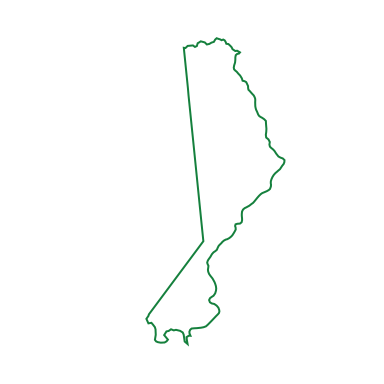 Aragarças, Goiás, Brazil (Albers equal-area conic projection), rotated 129°
{"feature_id": "56859067B18880628968559", "entity_name": "Aragarças", "entity_type": "district", "adm_level": 2, "iso_a3": "BRA", "parent_name": "Brazil", "parent_adm1": "Goiás", "projection": "albers", "projection_center": [-52.131, -15.989], "detail": "fine", "context": "isolated", "style": "outline", "palette": "green", "viewbox_px": 384, "rotation_deg": 129, "n_neighbors": 0, "source": "geoboundaries", "source_scale": "gbopen_adm2", "svg_char_len": 2864}
<svg xmlns="http://www.w3.org/2000/svg" viewBox="0 0 384 384"><g transform="rotate(129 192 192)"><path d="M256.2,110.2L253.5,111.3L251.7,112.5L250.1,114.2L248.8,116.1L247.9,117.7L247.1,119.6L246.3,121.6L245.9,123.4L245.5,125.2L244.9,127.2L243.7,129.3L242.4,130.7L240.5,131.8L239.0,132.8L238.3,134.3L237.4,135.7L235.8,136.4L234.4,136.7L232.6,136.8L230.7,136.9L229.1,137.2L227.5,137.4L225.3,137.3L223.4,136.7L221.3,136.3L218.9,137.0L216.9,137.4L214.8,137.2L213.3,137.0L211.8,137.0L209.6,136.6L207.7,135.8L206.5,134.9L204.3,134.0L201.9,133.5L200.1,133.4L197.5,133.7L195.6,134.0L193.7,134.4L192.3,135.6L191.3,137.1L189.7,137.8L188.2,136.8L186.3,134.8L184.3,134.4L182.4,135.3L181.0,136.5L179.8,137.7L178.6,138.8L177.4,139.7L175.7,140.8L173.5,141.3L171.4,140.9L169.7,140.1L166.5,138.8L163.8,138.2L162.1,137.7L160.3,137.6L158.2,137.6L155.3,137.6L152.7,137.5L150.3,137.2L148.6,136.7L146.6,135.6L144.1,134.3L142.2,133.6L140.6,133.3L138.2,134.1L136.7,135.1L135.5,136.4L134.0,137.5L132.0,138.3L129.7,138.9L127.3,139.2L124.9,139.1L122.8,138.7L120.9,138.4L118.9,138.0L114.8,138.4L112.6,138.4L110.7,139.0L109.0,140.2L108.8,142.6L109.6,144.9L110.0,147.2L109.2,150.7L108.2,153.7L107.9,155.8L107.9,158.4L107.7,160.0L106.4,161.7L104.2,163.0L103.0,165.7L103.0,168.6L101.1,170.6L98.6,172.1L96.1,173.9L93.7,176.2L92.0,177.8L90.3,179.3L90.0,181.7L90.2,184.2L90.6,186.3L90.6,188.0L90.0,189.6L88.8,191.7L87.7,194.0L86.7,195.4L85.5,196.8L82.6,199.3L80.7,200.7L79.6,201.8L78.8,203.2L78.1,204.8L77.9,206.4L77.6,208.4L77.2,210.6L77.0,212.5L75.8,213.9L74.4,215.1L73.5,216.9L72.5,219.0L72.8,220.9L73.7,222.7L72.3,224.8L71.2,227.9L70.9,230.4L70.4,232.9L70.4,234.7L70.2,236.4L69.1,237.8L67.1,238.9L64.3,240.0L62.9,240.9L61.5,241.9L60.0,243.1L58.1,244.1L56.3,243.8L54.8,242.6L53.3,242.6L53.8,245.8L55.2,247.1L55.5,250.4L54.6,252.2L54.3,254.1L54.1,256.8L55.2,258.6L54.1,260.5L53.6,262.1L53.9,263.7L55.4,264.5L55.7,266.2L56.4,267.9L57.0,269.6L59.0,269.9L61.6,269.5L63.7,270.9L66.0,271.7L68.0,273.3L67.7,276.2L69.4,280.0L71.0,280.5L72.8,281.2L75.5,280.1L77.4,281.0L77.5,283.5L81.2,287.3L84.3,287.7L85.1,289.1L113.8,260.6L119.2,255.4L153.1,221.7L205.7,169.5L223.1,152.2L314.2,148.5L315.7,147.9L319.3,147.6L321.5,143.2L319.2,141.2L319.7,138.6L320.4,135.8L321.7,133.9L325.8,130.3L330.2,127.8L330.7,125.9L330.2,124.1L328.8,121.5L326.2,118.6L324.1,117.8L321.9,117.8L320.7,123.6L316.4,124.1L314.7,122.7L311.9,121.9L311.0,119.1L309.2,117.7L307.4,113.9L307.0,110.8L308.1,108.7L312.8,103.6L312.9,99.8L310.3,102.8L308.2,104.9L305.6,104.0L304.7,102.7L303.4,105.0L302.2,106.1L300.3,106.7L298.4,106.4L296.6,104.6L294.8,102.6L291.8,99.6L289.8,97.9L287.6,96.6L285.2,96.2L280.0,95.7L273.5,95.2L270.6,94.9L269.0,94.9L267.5,95.6L266.5,96.7L265.3,98.7L264.8,101.3L265.0,104.2L266.2,106.6L266.4,108.7L265.2,110.7L263.2,111.2L261.2,110.7L259.1,110.0L256.2,110.2Z" fill="none" stroke="#15803d" stroke-width="2"/></g></svg>